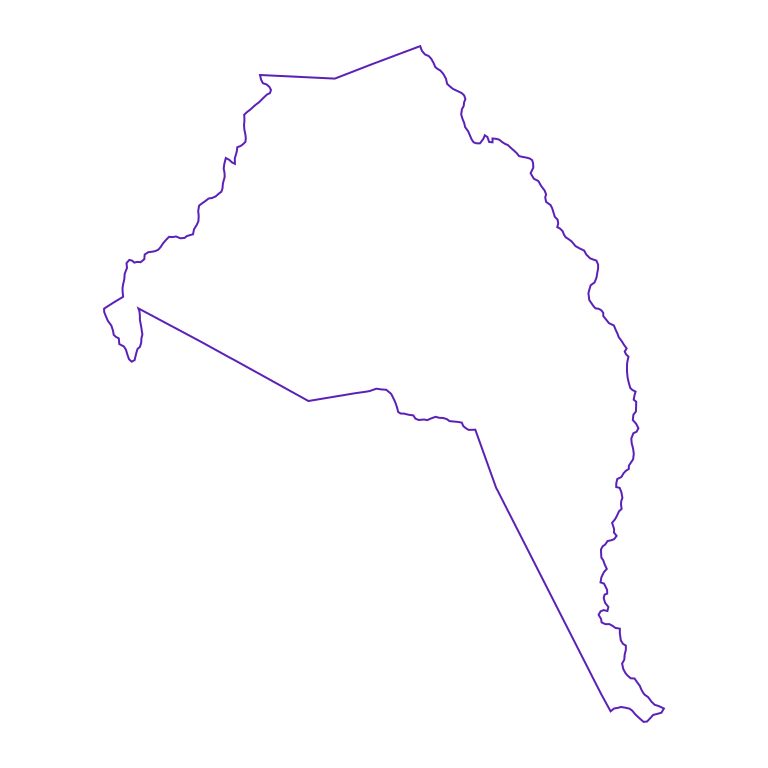 Iramaia, Bahia, Brazil
{"feature_id": "56859067B23035835922844", "entity_name": "Iramaia", "entity_type": "district", "adm_level": 2, "iso_a3": "BRA", "parent_name": "Brazil", "parent_adm1": "Bahia", "projection": "natural_earth1", "projection_center": [-40.889, -13.541], "detail": "fine", "context": "isolated", "style": "outline", "palette": "violet", "viewbox_px": 768, "rotation_deg": 0, "n_neighbors": 0, "source": "geoboundaries", "source_scale": "gbopen_adm2", "svg_char_len": 4741}
<svg xmlns="http://www.w3.org/2000/svg" viewBox="0 0 768 768"><path d="M610.6,711.3L614.1,708.5L617.3,708.0L620.9,707.0L625.4,707.7L629.6,708.7L632.5,710.9L635.1,714.2L638.2,717.1L641.4,720.0L643.7,721.9L647.1,721.5L650.3,718.1L653.2,714.9L657.2,713.9L661.4,712.7L663.9,708.5L658.9,706.1L654.7,704.8L651.5,701.7L648.1,697.1L644.4,694.5L642.7,692.0L641.0,688.8L639.8,685.8L637.6,682.9L634.5,678.5L630.7,678.3L627.6,675.6L625.4,673.0L623.3,669.1L622.1,663.6L624.3,659.6L624.7,654.5L625.9,649.6L625.8,645.5L623.0,643.9L620.8,640.3L620.2,635.9L619.8,632.8L619.9,628.7L615.4,627.9L612.5,625.8L609.4,624.1L605.2,624.1L601.6,622.4L601.1,619.0L598.6,614.8L600.6,611.3L603.6,610.1L607.4,611.0L608.4,607.0L605.1,602.8L603.7,598.0L604.6,594.6L607.2,593.6L607.1,589.9L605.8,587.2L604.0,583.6L600.5,582.4L601.4,577.3L603.9,572.1L606.8,568.9L604.7,564.5L603.2,560.2L601.4,557.7L601.1,553.3L601.0,549.4L602.6,546.4L605.2,544.5L607.6,541.0L610.4,540.5L614.1,539.2L616.6,535.9L614.0,532.6L614.1,529.0L612.1,522.8L615.0,519.3L616.9,515.9L619.0,511.3L621.6,508.9L621.0,504.3L621.3,500.9L622.4,497.9L621.4,492.3L619.7,487.9L616.2,487.0L616.3,483.1L617.3,479.0L621.4,477.0L623.6,473.2L625.9,470.8L628.8,468.9L628.9,465.6L630.7,462.9L633.1,459.3L633.8,453.8L633.1,448.6L631.7,443.3L631.3,438.5L633.4,433.2L636.5,431.8L638.4,428.3L636.1,423.7L632.8,420.0L633.4,414.7L635.9,411.5L636.1,406.6L636.2,401.7L633.7,399.7L634.6,394.9L635.6,391.6L632.4,390.0L630.3,388.0L628.7,382.5L627.6,377.6L627.0,371.5L627.0,367.2L627.1,363.4L627.7,360.1L628.5,356.7L626.1,354.4L624.7,351.6L626.6,348.4L624.1,345.0L621.9,341.4L618.7,337.1L617.4,333.5L615.9,330.3L613.9,325.5L608.9,323.1L606.0,319.4L603.3,316.1L603.2,312.7L601.1,310.1L598.4,308.7L595.5,308.4L593.4,306.0L591.5,303.3L589.2,299.9L588.9,296.6L588.4,293.5L589.3,289.7L590.7,285.2L594.6,282.4L596.5,277.6L597.4,272.2L598.1,268.6L598.1,264.6L596.4,260.6L592.9,259.4L590.2,258.4L586.4,254.7L584.1,250.5L580.0,248.6L575.5,246.1L571.5,241.3L568.4,239.0L565.7,237.3L564.0,234.7L562.6,231.1L559.8,228.4L557.3,227.2L558.2,223.5L557.6,219.7L554.8,216.8L553.4,212.2L552.2,208.3L550.5,205.0L546.1,201.9L545.2,197.4L546.1,194.4L544.6,190.5L541.1,185.9L538.4,181.1L533.8,178.7L530.6,173.2L533.3,167.7L533.1,163.3L532.2,160.2L529.7,158.5L526.9,157.7L523.0,157.0L519.1,156.1L516.6,153.0L514.1,150.7L511.0,148.0L507.8,145.0L505.3,144.0L502.2,142.1L499.3,139.7L496.1,138.8L492.5,138.5L492.5,142.3L489.2,142.0L487.4,137.0L484.8,135.3L483.4,138.8L480.0,143.3L476.4,143.3L473.6,142.3L471.5,139.2L469.8,135.1L468.1,131.2L465.1,127.1L464.2,123.0L462.5,118.9L461.2,114.5L461.9,109.3L463.7,105.9L464.1,102.3L465.4,99.1L464.2,95.5L461.9,93.2L458.7,91.6L455.9,90.3L452.8,88.8L449.9,86.4L447.1,83.8L446.0,78.8L443.3,73.9L440.3,70.5L437.7,69.0L435.3,67.1L433.5,62.8L431.3,58.9L428.8,56.1L424.9,54.4L421.9,50.8L420.2,46.1L373.8,63.5L334.8,78.6L260.0,75.0L261.1,79.7L262.9,83.2L266.7,84.5L269.4,86.9L271.0,90.0L269.9,93.1L266.9,94.6L263.1,98.2L259.0,102.3L255.6,104.8L252.7,107.4L250.4,109.5L247.0,112.1L244.2,114.7L244.4,118.1L244.4,121.4L244.0,125.0L244.4,129.8L245.4,134.6L245.8,138.5L245.4,141.9L242.9,144.3L240.6,146.0L237.3,147.2L236.8,151.4L236.0,154.3L234.8,158.4L234.9,163.8L232.0,162.4L229.2,159.8L225.8,158.0L224.3,164.0L223.7,168.6L224.5,172.7L224.7,176.8L222.9,183.5L222.5,188.4L221.4,191.7L218.8,193.6L215.7,196.4L212.0,198.0L208.6,198.5L205.3,201.1L202.0,203.4L199.1,205.6L198.2,211.0L198.7,216.0L198.4,221.2L196.7,225.0L194.0,229.3L193.0,234.3L190.0,235.1L186.8,236.1L184.6,237.9L180.4,238.3L176.0,236.5L172.5,237.1L169.1,236.8L166.2,239.7L163.1,243.3L160.5,247.2L158.2,249.8L154.9,251.2L152.2,251.7L148.3,252.2L144.7,254.5L144.3,259.2L140.6,262.2L137.2,261.9L134.3,262.6L132.2,260.7L129.4,259.9L126.5,263.1L127.0,267.9L124.7,273.8L124.3,279.2L123.1,284.4L122.5,288.3L122.7,292.5L123.1,296.8L113.0,302.9L104.1,308.6L104.2,312.0L105.9,316.3L107.9,320.9L111.3,325.5L113.0,330.6L113.7,334.8L115.8,336.8L118.8,338.4L119.3,344.1L123.8,346.4L125.9,349.6L127.5,354.9L129.0,359.2L131.7,361.7L134.6,360.1L136.3,353.0L137.5,349.0L139.9,346.9L141.2,342.8L141.4,338.4L142.4,334.4L141.8,330.8L141.1,326.2L139.9,319.8L139.9,316.3L139.5,311.7L138.4,308.4L202.0,342.3L229.9,357.7L233.0,359.3L308.4,401.0L355.3,393.2L365.3,391.8L369.5,391.1L372.9,389.9L376.4,388.7L381.2,389.4L386.3,389.8L391.2,393.9L393.3,398.1L395.4,402.6L397.1,407.7L398.2,412.0L400.6,413.5L403.9,413.6L408.4,414.7L413.3,415.4L415.5,418.7L418.8,420.0L424.3,419.5L427.1,420.2L430.9,418.5L435.6,416.8L439.2,417.8L443.3,418.0L447.0,419.2L449.4,421.1L453.5,421.5L457.8,421.9L461.8,422.6L463.3,426.1L465.7,428.1L468.6,429.9L471.8,429.8L475.3,429.7L496.2,488.0L497.7,490.7L499.8,494.9L533.3,560.7L595.1,682.2L601.5,694.7L610.6,711.3Z" fill="none" stroke="#5b21b6" stroke-width="2"/></svg>